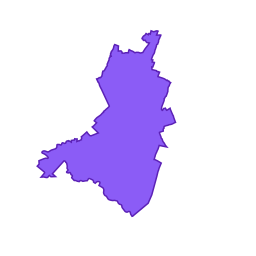 Popricani, Iasi, Romania (Albers equal-area conic projection), rotated 220°
{"feature_id": "2599482B80452302605410", "entity_name": "Popricani", "entity_type": "district", "adm_level": 2, "iso_a3": "ROU", "parent_name": "Romania", "parent_adm1": "Iasi", "projection": "albers", "projection_center": [27.54, 47.269], "detail": "fine", "context": "isolated", "style": "filled", "palette": "violet", "viewbox_px": 256, "rotation_deg": 220, "n_neighbors": 0, "source": "geoboundaries", "source_scale": "gbopen_adm2", "svg_char_len": 5822}
<svg xmlns="http://www.w3.org/2000/svg" viewBox="0 0 256 256"><g transform="rotate(220 128 128)"><path d="M183.6,145.4L180.4,143.9L180.3,144.0L178.9,143.6L177.1,142.3L174.7,141.2L173.2,140.6L159.3,134.1L156.4,132.8L156.3,132.6L156.3,132.0L156.5,129.9L156.8,128.4L157.0,126.5L157.3,125.5L157.2,124.3L157.1,124.1L156.9,124.1L157.2,123.0L157.3,120.3L158.4,116.2L158.5,115.6L158.6,113.4L158.5,111.8L155.4,111.8L155.7,107.4L156.1,105.8L147.6,105.1L151.2,98.4L152.1,97.7L153.8,97.8L155.0,98.0L157.0,98.5L157.7,93.4L158.1,91.2L157.3,90.8L156.9,90.5L156.8,90.3L156.7,89.5L156.4,89.1L156.2,89.0L156.7,88.1L157.0,87.0L157.3,86.8L157.6,86.4L158.5,84.8L159.9,86.9L161.3,85.8L161.9,85.5L161.4,84.3L163.4,82.1L162.3,80.7L165.2,80.2L165.2,79.7L165.8,79.5L166.0,79.3L166.4,78.8L166.6,78.0L166.3,77.1L166.1,76.4L166.3,75.9L166.6,75.5L168.3,74.8L168.7,74.5L168.8,74.2L168.8,73.8L168.4,72.6L168.4,72.0L168.7,71.7L170.0,71.2L170.9,70.5L171.5,70.0L171.6,69.8L171.6,69.5L171.4,69.2L170.2,67.5L170.0,66.2L170.1,65.9L170.3,65.3L172.4,62.0L172.9,60.8L173.4,59.1L173.9,58.3L174.2,58.0L176.4,57.2L177.2,56.8L177.9,56.2L178.4,55.3L178.5,54.8L178.4,54.3L178.1,53.8L177.6,53.7L175.4,54.3L174.1,54.5L172.1,54.5L170.8,54.3L170.1,54.1L169.9,53.7L170.0,53.2L170.2,52.9L171.4,52.2L172.1,51.3L172.8,50.2L175.2,45.7L172.9,43.2L173.0,40.4L163.8,40.5L163.4,40.4L163.2,40.2L163.0,39.8L163.0,34.5L161.1,36.3L158.8,37.5L158.1,38.1L157.8,38.6L157.8,41.1L155.7,41.1L152.3,44.2L156.5,44.4L155.9,61.6L155.8,61.8L154.5,62.2L153.7,61.7L152.8,61.7L152.2,61.5L150.1,59.8L148.9,58.1L148.5,57.8L147.1,57.4L146.8,57.0L146.7,56.7L146.9,55.5L146.9,55.1L146.5,54.6L145.9,54.6L144.8,55.3L144.4,55.6L144.4,55.9L144.1,56.3L143.9,56.6L143.6,56.6L142.8,56.4L142.0,55.8L141.6,55.7L140.4,55.8L140.0,55.7L139.8,55.5L139.6,55.1L139.4,54.1L139.2,53.7L135.5,53.2L134.2,54.2L132.7,54.6L131.9,55.0L131.5,55.3L131.0,55.5L130.8,55.8L130.9,56.5L130.5,57.3L129.9,57.7L128.4,58.1L128.0,58.5L126.7,60.1L125.3,61.5L125.6,63.3L125.5,64.1L125.2,64.4L124.6,64.7L121.6,65.5L120.8,65.3L120.3,65.1L119.6,64.4L117.6,64.6L117.4,66.3L117.2,66.9L116.6,67.7L115.6,68.3L115.2,68.4L114.8,68.4L114.2,67.9L113.7,66.7L113.3,65.3L109.9,65.9L108.4,66.0L107.9,65.8L107.0,65.3L106.3,64.5L105.2,62.8L104.6,62.3L103.4,61.7L102.3,61.5L100.6,61.8L97.6,60.8L96.4,60.9L95.0,61.5L93.2,62.5L91.8,63.9L89.9,64.9L89.4,65.1L88.8,65.0L87.4,64.3L86.4,64.1L85.4,64.2L84.0,64.8L83.4,64.8L82.8,64.5L81.9,63.6L80.7,63.1L76.6,62.2L75.5,62.4L74.8,62.8L74.5,63.1L74.0,64.2L73.7,64.6L73.0,65.0L72.4,65.0L71.7,64.6L70.7,63.8L70.0,63.5L67.6,62.8L67.8,63.0L67.5,65.0L64.2,83.3L66.8,92.1L74.9,109.6L77.0,113.8L77.6,115.6L78.1,116.6L78.4,117.4L80.0,122.5L84.3,121.8L87.3,121.0L87.7,120.7L88.6,122.6L89.0,123.4L89.1,123.9L89.7,124.9L90.3,126.9L90.5,127.8L91.0,129.3L91.4,131.0L92.6,134.0L92.9,134.7L86.1,138.4L88.4,138.8L89.2,139.2L90.9,139.8L92.6,140.1L94.8,141.5L96.0,141.6L96.3,141.8L97.2,142.5L100.6,144.3L101.0,144.7L101.1,144.9L99.0,148.3L99.7,149.1L100.0,149.3L100.3,149.8L100.3,151.1L100.6,151.4L100.9,151.5L101.3,152.5L100.3,154.3L99.2,155.7L99.0,156.1L98.9,156.5L97.3,158.5L96.6,159.7L95.6,162.2L95.2,162.8L100.0,165.6L101.0,166.4L101.7,166.6L104.2,167.8L107.5,169.5L108.5,170.2L109.6,166.6L109.8,166.6L110.0,166.4L112.1,167.2L112.3,166.7L112.6,166.6L113.0,166.2L113.2,165.9L113.2,165.7L112.9,164.0L113.1,163.5L114.4,163.8L115.7,165.8L116.3,167.4L117.6,171.2L118.1,172.4L118.5,173.0L119.1,173.7L119.0,173.9L119.4,175.8L119.4,176.7L119.2,176.9L120.0,179.1L121.0,181.7L121.4,182.1L122.9,184.2L123.4,185.0L123.6,187.0L124.2,188.2L124.5,190.2L125.7,189.9L126.8,190.2L126.9,189.9L128.6,189.9L128.7,189.4L130.9,189.2L131.9,189.0L133.7,188.4L138.1,186.6L138.7,187.8L139.7,191.1L141.3,190.5L141.2,190.3L141.7,190.1L142.6,189.9L143.1,190.2L147.1,188.2L149.0,190.0L148.2,190.6L149.6,194.7L149.9,195.2L151.9,194.1L152.7,196.1L153.9,195.4L154.4,196.2L155.6,199.7L155.9,201.8L156.2,202.8L157.4,205.0L157.8,206.4L158.2,207.2L158.6,208.5L159.2,209.4L159.6,210.4L159.5,210.5L159.2,211.5L159.5,212.0L159.9,213.4L160.4,214.2L160.6,214.3L161.1,215.4L161.5,216.8L161.5,217.1L161.6,217.5L162.0,218.3L162.3,220.0L162.2,220.4L162.0,220.5L162.7,220.3L165.7,217.6L165.9,217.5L166.6,219.8L167.1,220.5L167.2,221.5L167.7,221.4L168.5,220.8L168.9,220.4L168.9,220.1L169.3,219.7L169.8,218.8L170.2,218.3L170.6,218.1L172.8,217.3L171.3,214.2L172.7,213.9L172.8,213.6L172.4,212.5L174.9,212.0L174.9,211.9L174.7,210.9L174.7,210.4L174.9,209.2L175.2,208.5L175.2,208.1L175.1,206.6L174.7,205.5L174.1,205.8L173.4,205.3L172.5,205.1L172.3,205.4L172.1,205.5L171.9,205.4L171.6,205.7L171.4,206.2L171.2,206.3L169.5,205.7L168.3,205.6L168.0,205.7L167.2,206.5L166.3,206.9L166.0,204.9L165.8,199.5L165.2,195.3L166.7,193.4L168.5,192.7L169.1,192.3L170.4,191.2L171.0,190.1L173.7,189.8L175.6,189.1L177.2,188.9L177.5,188.8L177.1,187.5L176.6,186.7L176.0,185.9L178.2,184.1L178.6,183.6L178.9,182.9L180.6,181.6L180.8,181.6L181.0,182.0L181.3,182.3L182.9,182.6L184.9,180.7L186.9,183.1L188.0,184.7L191.8,183.4L191.6,182.1L191.3,181.4L190.6,180.1L190.1,178.7L190.0,177.8L189.9,177.3L189.8,176.7L190.0,176.4L190.0,176.0L189.7,175.4L189.3,174.9L189.2,174.6L189.4,174.3L189.3,174.0L189.0,173.6L188.8,173.2L187.1,172.2L187.8,171.7L187.6,171.6L187.6,171.3L187.3,171.0L187.4,170.6L187.5,170.5L187.5,170.3L187.1,169.1L186.3,168.0L186.1,167.2L186.0,166.8L185.9,166.7L185.7,165.7L185.2,164.5L185.2,164.0L184.6,163.0L184.2,162.8L183.9,162.3L183.9,160.8L183.6,160.1L183.6,159.3L183.4,158.9L183.4,158.4L183.2,158.0L183.2,156.8L183.1,156.4L183.4,155.8L183.8,155.4L183.5,154.7L183.3,154.5L183.3,154.2L183.1,153.9L182.9,153.8L182.6,153.3L182.6,153.1L182.5,152.8L182.2,152.6L181.6,151.2L181.3,150.7L181.4,150.4L181.5,149.8L181.4,149.5L181.3,149.3L181.3,149.1L181.6,148.7L182.5,148.1L182.5,147.5L182.7,146.9L182.7,146.4L182.8,146.2L183.2,146.1L183.6,145.4Z" fill="#8b5cf6" stroke="#5b21b6" stroke-width="1.5"/></g></svg>